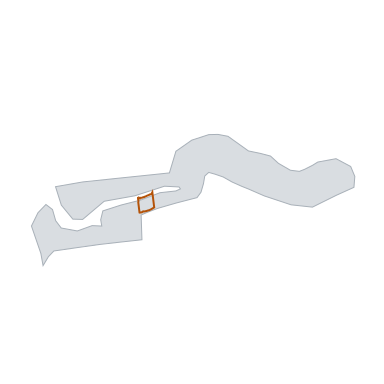 location of Kiang Central, Lower River, Gambia, rotated 353°
{"feature_id": "56634734B95834842597723", "entity_name": "Kiang Central", "entity_type": "district", "adm_level": 2, "iso_a3": "GMB", "parent_name": "Gambia", "parent_adm1": "Lower River", "projection": "equal_earth", "projection_center": [-15.756, 13.406], "detail": "fine", "context": "in_parent", "style": "outline", "palette": "amber", "viewbox_px": 384, "rotation_deg": 353, "n_neighbors": 0, "source": "geoboundaries", "source_scale": "gbopen_adm2", "svg_char_len": 2330}
<svg xmlns="http://www.w3.org/2000/svg" viewBox="0 0 384 384"><g transform="rotate(353 192 192)"><path d="M57.2,170.1L84.8,168.7L118.3,169.3L154.8,170.0L171.9,170.3L181.0,149.6L198.1,140.5L215.7,137.1L224.8,138.0L234.5,141.1L253.0,158.1L264.5,162.0L274.3,165.9L281.3,174.1L292.3,182.4L301.1,184.6L306.2,183.3L314.9,180.2L320.5,177.6L339.0,176.5L352.6,186.0L355.5,196.4L353.3,207.1L335.0,212.8L309.7,221.7L288.8,216.8L263.3,204.7L248.4,195.9L242.2,192.5L232.9,186.9L224.8,180.9L217.0,177.1L211.0,174.6L206.6,177.7L204.4,185.1L200.9,193.3L196.3,198.2L175.0,201.0L155.8,204.1L145.6,206.6L138.7,208.6L136.5,233.3L114.9,233.0L93.6,232.8L71.5,233.2L47.7,233.7L41.6,238.7L35.2,246.9L34.5,234.5L28.5,206.2L36.6,193.8L45.5,186.6L51.4,192.4L53.2,203.9L57.8,211.8L73.4,216.7L88.8,213.2L98.3,214.8L98.0,208.4L101.2,199.9L120.0,196.3L139.8,193.8L160.2,188.8L176.1,189.0L180.9,187.5L179.7,185.4L165.4,182.9L134.8,188.8L103.7,190.5L80.1,205.9L70.4,204.4L60.7,189.1L57.2,170.1Z" fill="#d9dde1" stroke="#a8b0b8" stroke-width="1"/><path d="M152.6,202.7L152.6,201.8L152.6,201.5L152.6,200.0L152.6,198.6L152.6,196.0L152.6,195.7L152.6,195.4L152.6,194.4L152.6,194.1L152.6,193.6L152.6,191.2L152.6,187.4L152.3,187.8L152.2,188.1L152.1,188.4L151.7,188.7L151.4,189.0L151.1,189.1L150.7,189.3L150.1,189.3L149.8,189.3L149.7,189.4L149.3,189.5L148.6,189.8L148.1,189.9L147.7,190.0L147.3,190.1L147.2,190.1L146.6,190.3L146.3,190.4L145.9,190.6L145.6,190.7L145.2,190.8L144.9,190.9L144.2,191.1L143.9,191.2L143.5,191.2L143.5,191.3L143.5,191.2L143.2,191.3L142.8,191.4L142.7,191.4L142.4,191.4L142.2,191.4L142.1,191.5L141.7,191.6L141.4,191.6L141.2,191.6L140.9,191.6L140.6,191.6L140.4,191.6L140.2,191.5L139.9,191.7L139.7,191.8L139.4,191.7L139.3,191.8L139.2,191.7L139.2,191.8L139.2,192.0L138.9,191.9L138.8,192.0L138.5,192.0L138.4,192.0L138.3,191.8L138.2,191.7L137.7,191.5L137.6,192.3L137.7,193.9L137.7,194.5L137.6,195.2L137.4,195.6L137.4,199.0L137.4,201.5L137.4,202.1L137.4,204.5L137.4,206.0L137.6,206.1L139.9,206.0L141.0,205.3L141.6,205.3L141.8,205.5L142.6,205.5L143.5,205.4L143.9,205.4L144.3,205.3L144.6,205.3L144.8,205.3L145.0,205.2L145.3,205.1L146.2,205.0L146.4,205.0L146.5,204.9L147.1,204.9L147.7,204.7L148.4,204.5L149.0,204.3L149.4,204.1L150.0,203.8L150.4,203.7L150.5,203.7L151.1,203.4L151.4,203.2L152.6,202.7Z" fill="none" stroke="#b45309" stroke-width="2"/></g></svg>